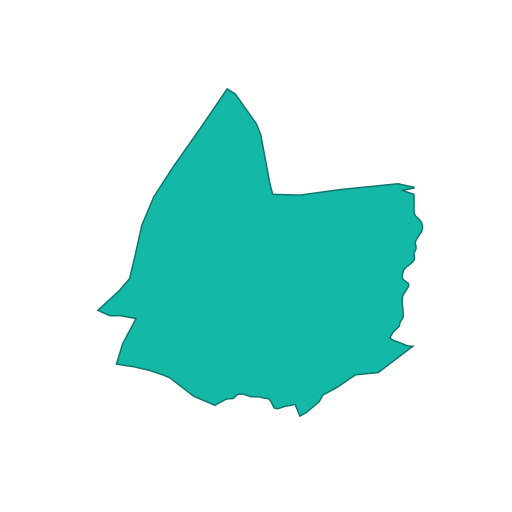 the district of An Nabk, Rif Dimashq, Syria, rotated 155°
{"feature_id": "27442178B81131748986773", "entity_name": "An Nabk", "entity_type": "district", "adm_level": 2, "iso_a3": "SYR", "parent_name": "Syria", "parent_adm1": "Rif Dimashq", "projection": "albers", "projection_center": [36.664, 34.043], "detail": "fine", "context": "isolated", "style": "filled", "palette": "teal", "viewbox_px": 512, "rotation_deg": 155, "n_neighbors": 0, "source": "geoboundaries", "source_scale": "gbopen_adm2", "svg_char_len": 2966}
<svg xmlns="http://www.w3.org/2000/svg" viewBox="0 0 512 512"><g transform="rotate(155 256 256)"><path d="M422.3,273.6L413.4,263.4L404.5,259.5L400.5,256.6L391.1,250.0L414.0,232.8L420.0,226.0L425.2,220.3L426.2,219.2L427.7,217.5L427.9,217.3L428.0,217.3L428.2,217.0L427.9,216.8L425.5,215.2L424.1,214.3L422.4,213.1L417.6,209.9L412.8,206.7L408.9,203.6L404.9,200.5L400.9,197.4L396.1,192.8L391.3,188.2L388.4,185.1L385.5,182.0L383.0,177.0L371.7,155.2L356.4,138.1L344.9,138.8L343.0,138.7L342.7,138.7L336.9,136.5L331.0,138.4L329.3,137.7L326.1,136.4L323.3,133.7L320.6,131.0L316.6,128.9L312.5,126.9L308.1,123.3L305.1,121.6L304.0,117.9L303.8,110.8L301.3,108.5L301.2,108.5L293.4,107.5L285.2,105.4L283.3,104.9L283.9,92.3L282.5,92.4L276.4,92.9L260.4,97.2L254.2,101.7L237.7,102.7L216.2,106.3L194.5,98.7L152.1,107.9L152.3,108.0L154.2,109.0L155.7,110.0L157.3,111.2L160.6,114.8L162.3,116.6L163.2,117.7L165.4,119.7L166.7,121.0L167.7,122.3L168.1,122.9L168.2,123.0L168.6,123.7L169.0,124.5L168.9,124.8L168.9,125.5L168.3,126.0L167.8,126.4L167.1,127.0L166.9,127.1L166.5,127.3L163.4,129.2L161.3,129.9L158.6,130.8L156.0,131.8L155.5,132.3L155.0,132.8L154.5,133.6L154.1,134.3L153.7,134.8L153.0,135.4L153.0,135.5L152.7,135.7L151.8,136.1L150.2,137.1L149.3,137.8L148.7,138.3L148.0,139.1L147.6,139.9L146.8,142.0L145.1,146.3L144.8,147.2L144.7,148.0L143.8,150.2L143.6,150.7L143.5,151.1L143.4,151.3L142.9,152.5L142.7,152.9L142.7,153.0L142.0,154.4L141.1,156.0L139.8,157.8L139.7,157.9L139.2,158.3L138.9,158.6L138.1,159.2L137.2,159.8L136.2,160.5L135.5,160.8L133.7,161.9L132.5,162.7L131.6,163.3L131.1,163.7L131.1,163.8L130.8,164.0L130.6,164.2L130.4,164.3L130.2,164.6L130.0,165.0L129.6,165.8L129.6,166.0L129.6,166.7L129.8,167.4L130.2,167.9L130.9,169.5L131.3,170.0L132.2,171.8L132.4,172.1L132.4,172.3L132.5,172.4L132.7,173.2L132.6,173.9L132.4,174.7L132.1,175.5L131.6,176.3L130.9,177.5L130.4,178.2L130.2,178.4L130.1,178.6L129.2,179.6L128.8,180.1L128.4,180.6L127.6,181.2L127.4,181.3L126.9,181.7L125.8,182.0L125.4,182.1L124.4,182.4L124.0,182.6L123.6,182.7L121.5,183.0L120.5,183.3L119.4,183.6L117.0,184.2L115.9,184.7L114.9,185.2L113.8,186.3L113.4,187.1L113.0,187.5L112.7,188.5L112.5,189.2L112.1,190.8L111.8,191.6L111.3,192.2L110.1,193.0L109.3,193.5L108.6,194.3L107.9,195.0L107.3,196.2L106.9,197.2L106.5,198.9L106.4,199.9L106.0,200.6L105.6,201.3L105.3,201.8L103.0,203.6L99.2,205.9L98.2,206.7L95.9,207.9L95.0,208.7L94.6,209.2L93.6,210.6L92.7,212.2L92.3,213.2L92.3,213.9L91.9,216.1L91.9,217.3L92.1,217.9L92.4,219.2L92.8,220.5L93.4,222.2L94.3,224.5L94.5,225.4L94.6,226.3L94.6,226.5L94.4,227.7L93.9,229.5L93.1,231.5L92.2,233.2L90.7,236.4L90.3,237.4L88.5,241.3L87.6,243.2L86.8,245.2L96.0,253.8L84.3,250.8L83.8,251.5L96.8,261.5L151.3,280.5L190.9,292.8L194.6,294.7L210.0,302.4L214.8,304.8L212.8,315.9L200.5,363.7L199.8,375.6L206.3,411.5L211.5,419.7L223.8,412.3L255.9,393.3L292.5,372.3L323.5,352.9L346.4,332.2L366.1,306.6L380.1,288.9L394.8,282.3L422.3,273.6Z" fill="#14b8a6" stroke="#0f766e" stroke-width="1.5"/></g></svg>